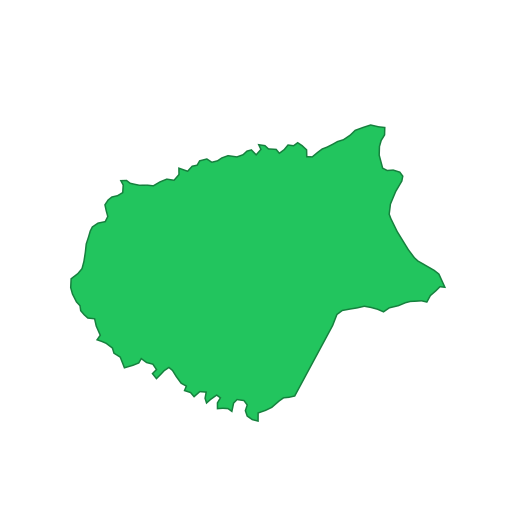 Alcantil, Paraíba, Brazil, rotated 236°
{"feature_id": "56859067B64154070664732", "entity_name": "Alcantil", "entity_type": "district", "adm_level": 2, "iso_a3": "BRA", "parent_name": "Brazil", "parent_adm1": "Paraíba", "projection": "orthographic", "projection_center": [-36.044, -7.697], "detail": "fine", "context": "isolated", "style": "filled", "palette": "green", "viewbox_px": 512, "rotation_deg": 236, "n_neighbors": 0, "source": "geoboundaries", "source_scale": "gbopen_adm2", "svg_char_len": 2284}
<svg xmlns="http://www.w3.org/2000/svg" viewBox="0 0 512 512"><g transform="rotate(236 256 256)"><path d="M394.0,186.1L389.1,185.6L383.1,181.0L383.4,175.0L385.5,169.5L385.1,164.7L382.9,159.4L377.4,157.2L371.6,155.2L368.8,150.2L371.6,143.4L371.6,136.6L369.4,132.6L365.4,127.8L360.9,122.0L354.5,116.6L347.7,110.3L342.8,104.7L341.0,98.5L340.5,90.0L333.4,84.7L327.1,82.6L318.4,81.5L313.2,82.3L308.7,80.1L303.4,80.7L298.6,81.9L294.2,87.1L287.3,84.4L281.8,83.4L277.4,82.6L275.4,77.4L271.4,80.4L267.5,82.9L260.0,85.5L254.8,83.9L248.1,86.9L242.6,85.7L236.9,84.4L234.2,92.9L232.9,99.0L235.1,103.5L228.9,105.7L224.0,110.0L217.5,110.0L216.4,104.4L210.0,104.9L211.2,111.0L212.3,115.8L212.3,121.5L207.8,122.8L200.8,122.5L192.4,122.8L187.1,125.5L184.4,121.5L179.4,125.4L174.0,126.0L175.0,133.6L171.0,138.6L166.5,134.2L161.8,132.8L162.5,138.1L162.7,145.6L158.3,147.2L155.8,141.9L151.0,138.7L148.3,143.4L145.1,147.5L140.7,149.1L146.6,155.2L147.6,160.0L142.9,165.2L137.4,165.4L133.7,160.7L128.2,159.2L122.5,161.4L118.0,165.4L124.7,170.0L122.7,177.6L121.7,184.5L122.3,189.3L122.9,194.4L123.0,199.6L120.5,204.2L118.3,209.8L155.5,280.6L162.3,290.4L162.6,297.1L159.5,304.2L156.4,310.9L153.8,317.7L149.1,322.5L143.9,327.0L138.4,330.5L138.5,337.5L135.2,346.3L133.7,353.8L132.0,358.6L129.5,362.7L126.3,368.2L122.3,371.9L125.7,378.4L126.6,385.8L127.7,391.3L124.5,395.1L138.7,397.5L144.4,395.7L154.4,390.8L161.3,387.4L166.0,386.3L176.1,385.8L197.4,386.7L211.7,388.7L216.2,389.8L223.9,396.5L231.4,407.9L236.6,418.8L240.1,422.3L245.1,422.1L250.5,417.8L253.5,412.6L258.0,410.1L270.7,414.5L277.8,419.6L281.8,424.4L284.5,430.3L290.5,434.6L294.5,429.9L300.5,424.3L302.7,416.6L304.7,408.5L303.5,401.8L303.5,393.5L305.3,387.5L305.7,382.3L306.5,375.9L307.7,370.7L307.4,364.9L306.7,358.1L309.9,353.6L315.7,357.3L321.8,355.9L326.6,353.9L326.4,348.8L330.1,344.6L328.4,338.8L328.1,332.8L333.1,332.3L337.8,326.2L342.5,325.1L346.7,320.5L341.6,319.7L339.8,312.7L346.5,311.5L348.0,307.2L347.2,301.9L348.8,295.6L354.8,288.9L356.4,282.5L356.4,277.4L358.4,271.8L363.9,269.5L366.4,262.5L364.2,258.0L366.1,253.3L364.5,246.7L371.9,241.2L366.6,237.7L364.6,230.4L369.6,225.0L371.1,217.9L371.6,210.1L375.4,205.6L379.9,198.8L383.4,195.4L386.7,192.3L391.0,190.9L394.0,186.1Z" fill="#22c55e" stroke="#15803d" stroke-width="1.5"/></g></svg>